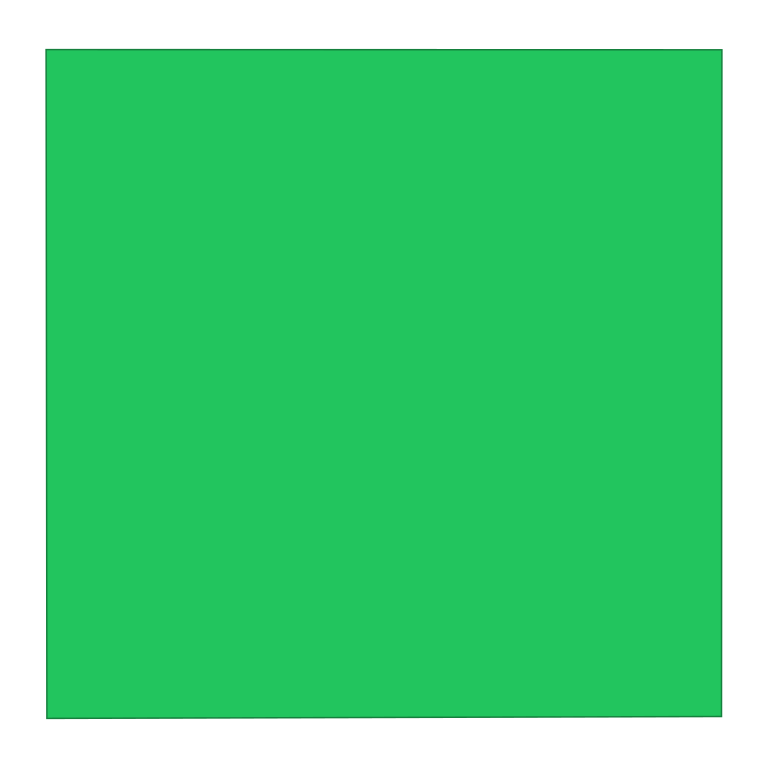 outline of Hutchinson, Texas, United States of America
{"feature_id": "52423323B37064870430206", "entity_name": "Hutchinson", "entity_type": "district", "adm_level": 2, "iso_a3": "USA", "parent_name": "United States of America", "parent_adm1": "Texas", "projection": "mercator", "projection_center": [-101.408, 35.84], "detail": "fine", "context": "isolated", "style": "filled", "palette": "green", "viewbox_px": 768, "rotation_deg": 0, "n_neighbors": 0, "source": "geoboundaries", "source_scale": "gbopen_adm2", "svg_char_len": 186}
<svg xmlns="http://www.w3.org/2000/svg" viewBox="0 0 768 768"><path d="M46.1,49.6L46.9,718.4L721.5,716.5L721.9,49.8L46.1,49.6Z" fill="#22c55e" stroke="#15803d" stroke-width="1.5"/></svg>